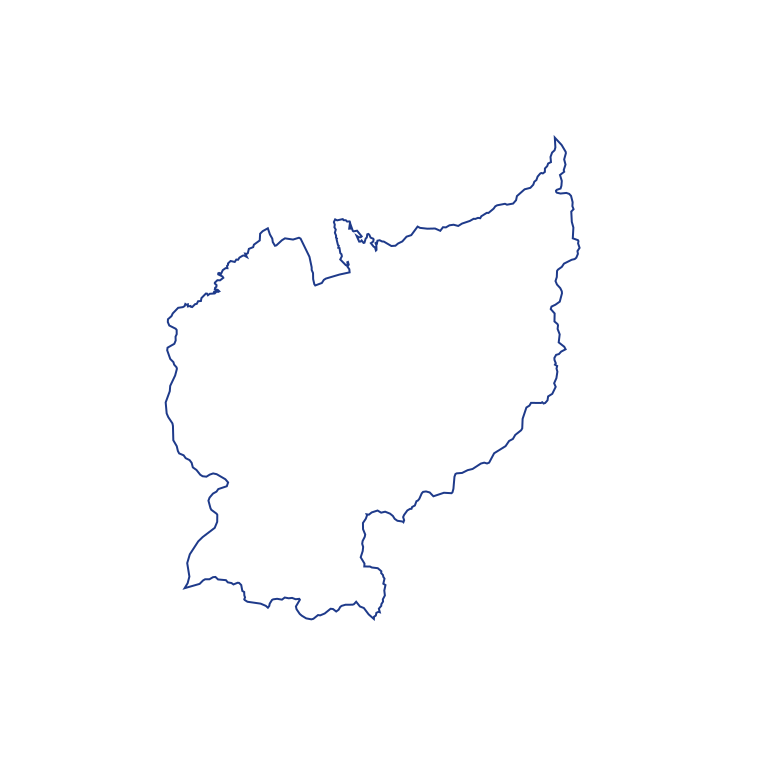 the district of Prado, Tolima, Colombia, rotated 328°
{"feature_id": "7082276B50154878845236", "entity_name": "Prado", "entity_type": "district", "adm_level": 2, "iso_a3": "COL", "parent_name": "Colombia", "parent_adm1": "Tolima", "projection": "orthographic", "projection_center": [-74.869, 3.724], "detail": "fine", "context": "isolated", "style": "outline", "palette": "blue", "viewbox_px": 768, "rotation_deg": 328, "n_neighbors": 0, "source": "geoboundaries", "source_scale": "gbopen_adm2", "svg_char_len": 6166}
<svg xmlns="http://www.w3.org/2000/svg" viewBox="0 0 768 768"><g transform="rotate(328 384 384)"><path d="M659.4,265.6L654.7,274.2L652.5,276.2L649.2,276.8L645.5,279.7L643.2,284.3L640.0,284.0L637.9,285.7L634.7,286.5L632.8,289.4L630.3,289.6L629.2,288.4L628.0,288.3L624.2,289.5L621.3,291.8L618.7,292.1L616.2,294.1L612.1,295.2L606.4,293.4L596.3,295.1L593.4,298.1L589.1,299.4L583.3,297.1L582.1,295.3L574.6,292.4L572.5,292.3L569.9,293.4L563.3,294.3L561.8,293.3L555.4,293.3L553.5,294.4L551.7,292.9L548.9,292.4L547.6,291.4L543.2,291.2L535.2,289.3L530.7,289.3L527.4,285.8L523.6,284.1L519.5,284.0L517.1,282.3L512.9,283.9L509.7,279.2L503.1,275.3L497.3,270.7L495.9,268.3L486.0,272.2L481.2,271.0L475.1,272.8L470.4,272.3L467.0,272.8L463.4,270.9L459.3,263.1L457.9,262.1L456.5,259.8L454.4,259.0L452.7,260.9L452.3,260.0L451.5,260.0L451.2,262.0L448.7,266.3L447.9,266.5L448.8,263.2L448.0,262.1L447.5,257.6L450.3,257.5L451.8,255.9L451.9,255.1L450.2,252.8L450.6,249.5L450.2,248.4L449.1,248.2L447.0,250.7L445.6,250.9L442.3,253.8L441.4,253.5L441.1,250.4L439.7,250.8L438.4,250.1L439.3,243.8L440.4,246.2L442.1,247.2L443.3,247.0L442.4,239.7L439.0,238.4L438.7,237.6L440.1,231.3L439.2,231.6L437.8,234.4L436.8,233.8L440.9,228.9L441.0,227.9L438.8,226.7L438.4,224.9L436.5,223.6L436.4,222.3L431.0,220.4L429.8,218.5L427.3,220.1L426.7,222.8L425.0,224.8L424.9,227.5L422.5,229.7L422.0,232.8L420.8,234.5L421.2,235.7L420.4,236.3L418.6,241.7L418.9,242.8L417.4,244.2L418.3,245.1L416.3,249.8L416.7,251.4L416.0,253.3L412.9,255.2L414.6,263.0L415.2,263.6L416.5,263.5L417.4,261.3L418.1,261.4L417.3,264.1L415.2,265.1L415.4,268.3L414.0,271.1L404.3,267.6L390.6,263.8L388.2,263.8L384.8,265.4L377.9,264.0L377.8,262.4L379.5,257.5L382.6,252.3L383.1,249.0L384.5,246.7L388.2,236.6L390.3,216.5L389.4,214.9L383.4,213.3L377.2,208.0L373.6,208.0L366.2,209.4L364.8,209.0L364.9,204.7L366.3,201.5L366.5,196.7L368.0,190.4L362.1,190.1L358.6,190.9L354.7,196.4L347.5,196.9L345.6,198.6L341.0,197.8L337.8,200.9L336.6,200.9L335.4,199.9L335.0,203.6L333.5,200.9L332.2,200.3L328.4,200.2L326.1,201.3L324.7,200.2L322.1,201.4L319.1,198.4L315.6,199.1L314.9,200.3L313.4,200.7L312.6,202.8L311.1,201.8L307.6,202.0L304.4,204.1L303.0,202.4L302.1,202.3L301.5,203.2L304.0,207.2L304.0,208.8L299.9,209.2L297.7,207.7L294.3,208.4L293.8,209.1L294.4,211.4L293.4,212.7L291.8,212.9L290.8,214.0L292.9,216.1L293.4,218.1L292.1,218.0L290.4,216.1L288.9,215.7L288.5,216.0L289.3,217.3L288.4,217.5L284.1,215.2L281.7,215.4L281.8,213.6L280.9,212.9L274.7,214.4L272.7,216.6L270.2,215.3L267.7,216.8L266.1,216.2L262.1,217.1L261.1,216.1L261.3,215.3L258.8,214.3L259.9,212.5L258.3,212.0L257.9,210.9L256.1,212.3L254.1,212.2L249.8,210.3L242.2,212.2L239.8,213.8L235.1,214.6L233.5,216.9L232.9,220.6L236.6,226.7L236.8,228.3L234.6,231.9L232.3,233.4L230.4,236.7L227.5,238.8L219.7,238.5L218.0,240.5L216.0,249.5L217.0,253.9L216.3,256.3L216.9,260.0L216.4,261.4L211.4,266.1L201.7,272.3L198.5,276.6L189.1,283.9L184.1,293.8L183.5,297.8L183.7,305.3L182.8,307.7L175.5,320.1L175.3,326.9L173.7,331.6L173.5,334.3L176.3,338.3L176.5,341.8L178.8,345.5L179.1,348.9L177.7,353.4L179.4,357.5L180.1,363.6L181.3,366.1L184.3,368.5L188.2,368.5L191.7,369.3L194.3,371.8L199.0,380.7L199.6,384.9L196.5,387.4L187.8,385.3L184.9,386.5L180.9,386.3L175.9,387.9L173.3,389.9L171.0,397.5L170.9,399.2L173.3,405.3L173.3,406.6L169.5,412.5L164.2,416.3L149.1,417.7L143.1,419.0L129.1,425.5L122.2,431.6L116.9,444.2L111.9,448.9L106.7,451.5L121.7,455.8L126.5,454.7L128.8,454.8L132.5,457.1L136.6,457.2L138.8,458.3L139.7,461.8L146.0,466.6L146.4,469.4L149.2,472.0L150.1,474.2L154.6,475.0L155.7,475.9L156.4,478.8L154.2,484.4L155.2,486.3L153.5,489.3L153.1,491.3L151.4,492.5L151.4,493.3L152.8,496.3L163.0,504.9L166.2,509.5L167.0,512.2L169.1,511.4L170.7,509.7L174.6,507.8L175.9,507.9L179.5,509.5L183.2,512.8L186.7,512.5L189.6,515.2L192.7,516.7L195.0,519.7L198.3,521.3L198.3,522.4L191.4,526.0L190.5,528.6L190.7,534.3L191.5,536.9L193.8,541.5L197.7,545.1L199.7,545.7L205.6,545.0L207.3,546.4L212.1,547.2L219.6,546.3L221.5,547.8L222.9,551.6L225.9,551.4L228.7,549.9L230.5,549.7L234.4,550.8L240.4,554.5L241.8,554.8L245.0,553.9L245.7,559.9L248.2,563.3L248.9,571.2L250.9,577.9L252.2,576.1L254.4,576.0L256.3,574.0L258.7,574.3L259.5,575.3L260.6,571.8L264.1,570.7L265.1,569.3L267.9,568.0L268.9,566.0L272.7,563.8L274.8,559.3L278.7,555.3L277.6,553.0L281.3,549.3L281.2,547.3L281.9,545.4L281.4,542.9L282.5,541.4L281.1,536.9L276.4,533.1L275.4,531.4L270.6,528.3L272.3,525.9L272.4,518.6L277.4,514.4L280.0,511.1L280.8,508.0L282.7,505.8L286.7,503.4L288.3,501.7L289.3,496.0L292.5,490.7L297.2,488.6L300.0,486.4L300.2,485.3L301.9,486.8L305.5,486.4L311.5,487.9L313.4,491.6L317.3,492.9L320.4,497.1L321.6,500.6L321.6,504.0L322.9,507.1L326.9,510.5L327.2,511.5L328.9,510.2L329.7,507.0L331.6,505.7L336.8,503.6L339.9,503.7L341.2,504.4L342.7,503.2L345.8,503.4L349.4,500.6L351.0,500.8L353.1,500.1L358.1,496.7L360.0,496.2L362.7,497.4L365.3,500.2L366.4,505.4L377.2,508.0L383.4,512.4L384.7,512.1L387.3,509.7L394.6,500.0L396.9,498.2L398.3,498.3L403.1,500.8L409.3,501.4L414.1,503.0L424.0,502.8L427.3,503.8L429.3,506.0L431.5,506.4L440.7,501.1L454.2,501.1L459.9,498.6L464.2,498.9L468.4,496.7L475.8,495.9L477.7,494.9L483.1,487.0L492.3,479.4L495.9,479.4L498.7,477.9L507.1,483.3L508.5,483.3L509.0,485.1L510.6,485.5L514.0,484.5L516.6,481.5L521.5,481.5L528.1,477.4L528.7,473.5L533.3,470.4L537.6,465.4L538.5,462.3L540.4,460.5L539.2,458.2L540.7,457.4L541.3,454.0L542.3,452.2L545.4,450.5L548.2,451.3L551.4,450.4L556.4,450.8L556.6,447.9L554.2,441.3L559.3,435.0L560.4,429.3L562.7,426.4L562.9,425.1L561.7,421.3L566.1,414.6L565.1,408.8L567.1,407.1L571.4,407.6L576.7,407.3L583.0,401.4L583.9,399.6L584.3,396.1L583.4,391.3L584.0,387.6L587.2,384.9L590.7,379.8L592.1,379.2L596.9,378.9L600.4,377.3L609.0,378.1L611.9,379.1L614.0,378.8L617.4,376.4L618.5,373.8L622.0,372.2L623.1,367.6L624.6,365.9L624.7,364.8L621.3,360.5L627.5,351.7L629.2,346.0L634.2,337.0L637.4,336.2L638.0,333.0L640.3,329.8L642.3,323.6L641.8,320.9L639.9,318.6L634.6,316.0L632.0,313.4L631.8,312.3L632.3,311.2L633.5,310.9L637.3,311.8L639.5,309.9L642.4,306.0L644.0,300.0L649.3,299.5L649.8,297.8L654.2,294.1L655.8,289.0L660.5,284.7L661.1,283.4L661.3,275.5L659.4,265.6Z" fill="none" stroke="#1e3a8a" stroke-width="2"/></g></svg>